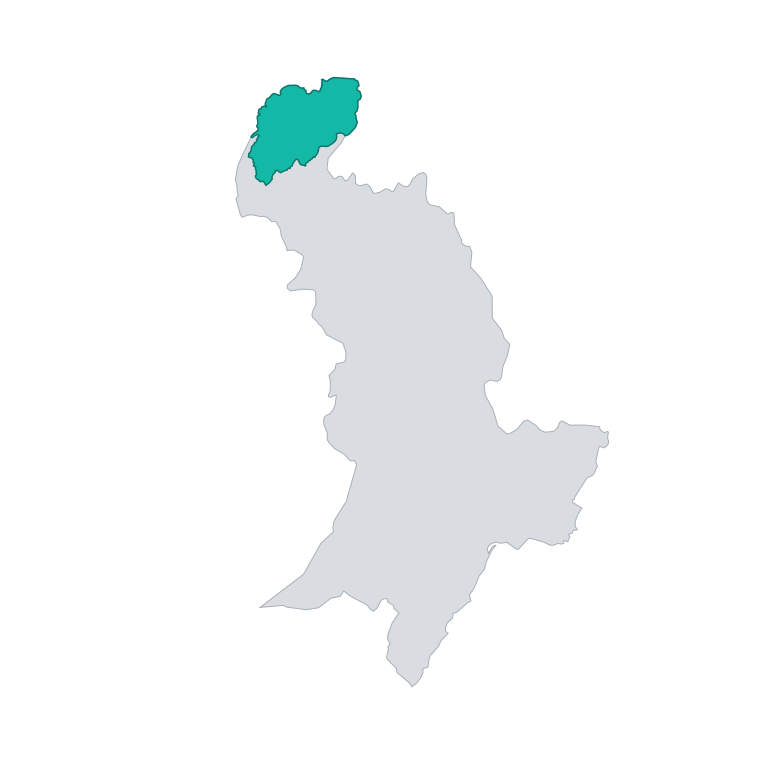 Northern Areas on a map of Pakistan (Albers equal-area conic projection), rotated 298°
{"feature_id": "PAK-1111", "entity_name": "Northern Areas", "entity_type": "Centrally Administered Area", "adm_level": 1, "iso_a3": "PAK", "parent_name": "Pakistan", "parent_adm1": "", "projection": "albers", "projection_center": [74.17, 35.776], "detail": "fine", "context": "in_parent", "style": "filled", "palette": "teal", "viewbox_px": 768, "rotation_deg": 298, "n_neighbors": 0, "source": "natural_earth", "source_scale": "10m", "svg_char_len": 9341}
<svg xmlns="http://www.w3.org/2000/svg" viewBox="0 0 768 768"><g transform="rotate(298 384 384)"><path d="M630.5,194.8L639.5,214.8L638.2,219.2L631.7,222.7L629.2,226.9L626.2,228.9L622.0,228.2L613.5,231.7L609.6,231.7L599.7,238.0L591.9,236.8L583.8,233.2L576.7,233.0L557.1,228.7L546.8,232.8L541.8,242.9L542.2,244.8L545.7,246.2L547.1,248.1L547.4,249.7L545.1,254.0L546.4,256.1L555.5,257.1L555.6,258.7L554.5,260.9L548.0,264.5L547.2,267.0L548.1,270.2L552.5,274.8L551.5,279.3L547.7,284.5L548.0,286.5L551.8,290.7L557.2,293.7L558.1,298.5L557.3,300.4L558.8,301.9L568.4,302.3L567.8,307.7L569.1,311.9L572.3,313.2L578.5,313.0L586.1,316.2L589.3,319.6L589.0,321.9L586.9,324.7L570.9,331.9L565.2,336.7L563.8,340.5L566.4,349.6L564.1,359.8L564.8,361.7L567.0,362.5L567.7,365.3L559.8,370.5L558.5,370.5L548.0,384.2L544.5,387.2L544.0,390.3L545.6,395.0L541.6,399.7L528.0,405.4L523.0,419.4L512.3,438.3L494.0,448.1L492.3,450.1L486.7,462.7L480.7,468.8L478.0,476.5L467.2,479.6L455.5,480.7L445.2,484.6L442.7,484.7L439.3,482.4L437.5,476.2L433.0,472.9L430.2,472.8L421.5,478.8L412.8,492.1L400.4,504.3L397.6,515.7L398.8,518.0L406.1,522.6L416.8,524.8L419.6,527.5L418.7,538.1L416.6,543.1L417.1,549.0L422.3,556.6L428.5,557.8L432.5,557.0L435.1,558.5L434.9,567.4L442.1,580.6L447.4,594.3L444.9,596.7L444.6,598.4L444.6,601.5L447.0,603.6L446.9,604.7L441.5,606.6L438.6,609.4L435.6,610.2L431.0,608.5L430.1,603.5L428.1,603.6L414.6,607.6L411.9,610.9L404.5,611.5L401.5,611.1L396.3,607.3L374.0,605.5L371.4,606.3L369.9,604.5L368.0,606.1L367.3,616.9L359.3,616.4L352.2,617.4L348.0,619.7L346.1,623.3L343.6,619.7L340.6,620.2L337.7,617.4L336.1,620.0L331.0,620.2L330.4,616.3L327.5,617.5L325.6,615.2L324.9,612.4L321.3,609.5L319.6,606.3L319.4,599.4L316.4,585.1L314.1,583.6L300.9,580.2L300.4,577.7L301.8,567.0L297.9,561.2L297.0,557.3L293.7,553.7L290.3,552.5L286.7,552.6L283.5,555.9L291.1,556.0L294.6,558.5L286.9,557.2L275.0,557.8L268.0,559.6L258.9,558.1L247.1,559.3L237.6,558.5L233.2,562.6L229.5,560.3L216.7,555.5L213.9,552.7L209.5,554.4L202.5,552.1L196.9,552.7L194.6,554.5L194.2,557.6L183.6,554.8L178.3,555.3L166.7,552.5L163.6,552.5L154.5,555.7L151.0,552.0L147.0,554.1L140.8,554.2L135.4,553.2L129.7,550.8L131.8,547.4L135.4,530.9L138.9,528.0L142.2,516.7L143.6,514.6L152.2,512.3L153.6,510.7L157.3,511.5L160.3,507.0L164.8,505.0L176.6,503.4L188.8,504.6L190.5,497.9L192.8,496.6L193.3,489.5L195.6,488.0L195.6,487.0L194.3,484.8L191.6,482.9L183.2,483.2L178.3,481.4L178.8,477.6L181.0,472.7L180.8,454.2L182.4,445.6L176.1,445.1L170.0,437.8L155.7,431.2L148.2,421.3L141.4,403.0L141.2,399.0L128.5,379.4L178.3,402.3L213.5,403.1L230.1,408.7L232.7,406.5L240.1,404.1L262.5,405.8L299.7,397.8L302.6,394.2L300.7,391.4L300.7,388.9L303.4,381.4L303.7,370.9L306.1,364.0L308.0,360.1L314.6,356.7L319.3,350.6L322.6,348.3L325.7,347.0L328.9,347.5L331.5,349.8L336.8,351.1L342.1,350.8L351.3,347.4L351.2,346.1L347.1,343.1L346.7,341.1L348.3,340.1L351.8,340.0L360.8,335.8L365.6,331.5L374.3,333.8L379.2,332.3L384.6,338.3L387.3,338.9L394.2,335.5L400.7,328.5L400.4,310.3L405.9,301.5L406.0,298.5L407.7,296.0L409.5,289.3L411.6,287.7L415.8,286.8L422.5,286.5L433.2,280.4L434.1,277.5L429.8,268.1L422.2,257.6L423.0,253.7L426.3,252.2L436.2,255.9L446.2,256.6L458.4,253.4L459.6,250.9L460.1,241.8L456.3,235.7L459.4,233.3L466.6,223.7L471.6,220.2L476.7,212.4L474.6,208.5L476.3,204.1L475.6,199.0L474.1,197.1L471.6,188.4L469.2,184.5L464.6,180.5L466.1,177.7L477.9,166.4L482.4,166.7L483.9,164.8L492.1,159.5L493.9,157.1L507.7,152.6L522.2,151.4L541.4,150.8L549.3,153.1L565.7,145.4L568.4,145.4L574.2,148.4L579.0,147.1L581.7,147.6L587.6,149.7L590.0,156.1L591.1,156.6L594.4,155.3L597.1,155.9L603.6,160.9L606.4,168.9L606.4,176.7L604.5,179.7L604.8,181.2L609.5,183.5L611.9,189.1L615.0,189.7L623.9,186.7L624.3,190.9L630.5,194.8Z" fill="#d9dde1" stroke="#a8b0b8" stroke-width="1"/><path d="M606.4,166.0L606.8,167.5L606.3,170.4L606.3,171.9L606.5,172.4L607.3,173.3L607.6,173.8L607.7,174.5L607.3,174.8L606.8,175.0L606.4,175.5L606.4,175.9L606.6,176.6L606.6,177.0L606.3,177.4L604.8,178.4L604.4,178.8L604.2,179.4L604.4,180.6L605.1,181.8L606.0,182.7L607.0,183.1L609.2,183.2L610.1,183.7L610.9,185.0L611.2,186.4L611.3,187.9L611.6,189.2L612.5,189.9L613.2,190.0L614.6,189.5L615.3,189.4L615.9,189.6L616.4,189.7L616.8,189.7L617.9,188.9L618.4,188.9L619.0,189.0L619.5,188.9L619.7,188.6L620.1,188.0L620.4,187.8L620.7,187.7L621.0,187.6L621.7,187.6L622.4,187.3L623.4,186.1L624.0,186.3L624.3,187.5L624.0,190.5L624.6,191.7L625.6,192.2L627.8,193.0L628.7,193.7L629.5,194.7L629.9,195.1L630.4,195.3L630.8,195.4L639.5,214.8L639.3,214.9L638.7,215.7L638.9,216.6L639.2,217.6L639.0,218.7L638.5,219.4L636.8,220.9L636.2,221.5L635.8,221.8L635.4,221.8L634.6,221.3L633.8,221.1L632.7,221.2L631.7,221.6L630.9,222.2L630.7,223.0L630.9,225.0L630.6,225.7L627.9,228.4L627.6,228.7L625.0,229.3L624.4,229.3L624.0,229.1L622.6,228.2L621.5,228.0L620.3,228.5L616.2,231.0L613.0,231.9L612.0,231.9L610.1,231.2L609.0,231.4L608.6,231.9L608.0,232.9L607.6,233.4L607.3,233.6L606.5,233.8L604.6,235.4L602.9,237.2L602.3,237.7L601.7,237.9L600.4,237.7L599.8,237.8L598.0,238.2L596.7,238.2L588.7,236.1L587.5,235.5L586.3,234.6L585.8,234.1L585.3,233.4L585.0,233.2L585.0,232.8L585.8,231.0L585.8,229.9L585.6,228.6L585.1,227.5L584.4,226.5L583.0,225.0L582.4,224.7L581.8,224.8L580.7,225.9L580.1,226.2L579.0,226.4L578.3,226.7L577.4,226.9L575.9,226.9L574.1,226.3L572.1,225.5L567.9,223.1L567.1,222.2L566.4,221.1L565.3,218.4L564.5,217.1L563.7,216.2L562.7,215.7L561.9,215.6L560.4,216.0L558.6,216.7L556.1,216.9L553.3,216.5L551.8,216.5L551.8,216.2L551.7,216.2L551.2,215.6L551.1,215.3L551.1,215.0L551.1,214.9L550.4,214.9L549.1,214.8L549.0,214.7L548.8,214.6L548.2,214.0L548.2,213.9L548.0,213.7L547.8,213.7L547.3,213.7L547.1,213.8L546.9,213.9L546.7,213.8L545.8,212.8L545.0,212.5L544.7,212.5L544.1,212.7L543.8,212.6L543.2,211.9L542.7,211.6L542.3,211.5L542.1,211.5L541.3,211.5L541.2,211.5L540.4,212.2L540.3,212.3L540.1,212.4L539.9,212.3L539.7,212.2L539.5,211.8L539.5,211.6L539.6,211.3L539.7,210.7L539.6,210.4L538.7,208.8L538.7,208.7L538.7,208.4L538.8,207.4L538.8,207.1L538.9,206.6L539.6,205.5L539.9,204.8L540.4,204.4L541.1,204.0L541.4,203.8L541.5,203.8L541.6,203.7L541.5,203.2L541.4,201.7L541.3,200.9L540.8,200.7L537.0,200.1L535.1,200.2L533.3,200.5L532.1,199.6L531.4,199.4L530.4,199.9L530.1,199.1L529.9,198.7L529.6,198.4L529.4,198.3L529.2,198.2L528.8,198.1L528.7,198.1L528.1,198.2L527.5,198.0L527.4,198.0L527.3,197.9L527.2,197.5L527.1,197.3L526.9,197.1L525.8,196.3L525.1,195.6L522.3,193.7L522.1,193.5L522.0,193.3L522.0,193.1L522.0,192.6L522.2,190.7L522.3,190.5L522.8,190.0L522.9,189.8L522.9,189.7L522.8,189.4L521.9,188.8L521.6,188.5L521.2,188.1L521.1,187.9L520.9,187.8L520.5,188.2L520.3,188.4L520.1,188.5L519.9,188.5L519.6,188.5L519.3,188.5L518.9,188.3L518.6,188.2L518.4,188.0L517.9,187.8L517.7,187.7L514.6,187.8L514.1,187.9L512.9,188.6L512.6,189.1L512.2,189.1L510.9,188.8L508.1,188.4L504.0,186.5L506.2,182.6L506.0,181.8L506.0,181.5L505.8,181.2L504.9,180.4L504.7,180.1L504.6,179.7L504.5,179.4L504.6,178.9L504.7,178.7L505.5,177.8L505.5,177.5L505.5,177.3L505.2,176.8L505.2,176.7L505.3,176.1L505.7,174.6L505.8,174.4L505.9,174.1L506.1,173.9L506.3,173.6L506.5,173.4L506.9,173.1L507.4,172.9L507.7,172.8L508.0,172.8L508.3,172.9L509.1,173.2L509.3,173.2L510.1,172.2L510.8,171.7L511.3,171.5L511.7,171.4L511.9,171.3L512.2,171.1L513.3,169.8L513.6,169.6L513.8,169.4L514.7,169.2L515.0,169.1L515.2,168.8L515.2,168.6L515.3,168.4L515.2,168.0L515.3,167.1L515.4,166.4L515.6,166.2L515.9,166.1L516.4,166.0L517.3,166.0L518.1,165.9L518.3,165.7L518.3,165.3L518.1,164.7L518.3,164.3L519.9,163.7L520.3,163.4L520.5,163.1L520.6,162.8L520.7,162.4L520.8,162.2L521.2,161.6L521.5,161.1L521.5,160.9L521.4,160.6L521.0,159.4L520.9,158.9L520.9,158.1L520.8,157.8L520.9,157.6L521.0,157.5L521.6,157.5L522.6,157.2L522.9,157.1L523.8,156.4L524.1,156.4L524.4,156.6L524.9,157.1L525.0,157.1L525.9,157.0L526.7,156.9L527.2,157.0L527.4,157.0L528.0,156.9L531.0,155.8L531.4,155.8L532.1,155.9L533.9,156.5L534.0,156.6L534.7,156.5L535.0,156.5L535.4,156.7L535.5,156.7L536.1,156.4L536.4,156.5L536.6,156.9L536.8,157.1L536.9,157.3L537.0,157.3L538.0,157.3L538.5,157.5L538.8,157.5L539.2,157.3L539.8,156.8L539.9,156.7L540.2,156.7L540.4,156.8L541.0,157.1L541.3,157.1L541.9,156.7L542.0,156.7L542.3,156.7L543.2,156.9L543.8,157.2L544.4,157.3L544.6,157.3L544.8,157.2L544.8,156.5L544.8,156.3L544.9,156.0L545.0,155.8L544.8,155.2L544.6,154.9L544.3,154.6L542.7,153.5L542.2,153.0L541.8,152.8L541.5,152.7L540.4,152.5L540.2,152.4L539.9,152.2L539.7,151.8L539.6,151.3L539.7,150.6L541.5,150.7L543.3,151.0L544.2,151.4L546.6,152.9L547.5,153.2L548.3,153.5L549.2,153.5L550.9,152.9L551.2,152.6L551.3,151.3L551.5,150.8L551.9,150.5L552.4,150.4L554.4,150.6L555.1,150.3L556.5,149.2L558.9,147.6L559.7,147.0L560.9,146.6L561.5,146.6L562.1,146.8L562.3,147.0L562.9,147.7L563.4,148.3L563.9,148.1L564.1,146.9L564.2,146.7L564.2,146.4L564.2,146.2L564.0,145.9L564.6,145.6L566.5,145.1L567.5,144.7L568.0,144.8L568.4,145.4L569.2,146.1L571.4,146.1L572.3,146.9L573.2,148.2L573.4,148.6L573.6,149.7L573.7,150.1L574.1,149.9L574.3,149.6L574.6,148.5L574.8,148.0L575.3,147.7L575.8,147.5L576.8,147.2L577.9,147.2L580.4,146.8L580.9,146.9L581.3,147.2L582.2,147.9L583.2,148.5L586.7,149.2L587.8,149.6L588.6,150.4L589.1,151.5L589.3,152.9L589.4,154.4L589.6,155.8L590.2,156.7L592.0,156.7L592.3,156.1L592.5,155.7L594.3,155.0L596.6,155.4L599.0,156.5L600.8,157.8L602.6,159.4L603.3,160.3L606.4,166.0Z" fill="#14b8a6" stroke="#0f766e" stroke-width="1.5"/></g></svg>